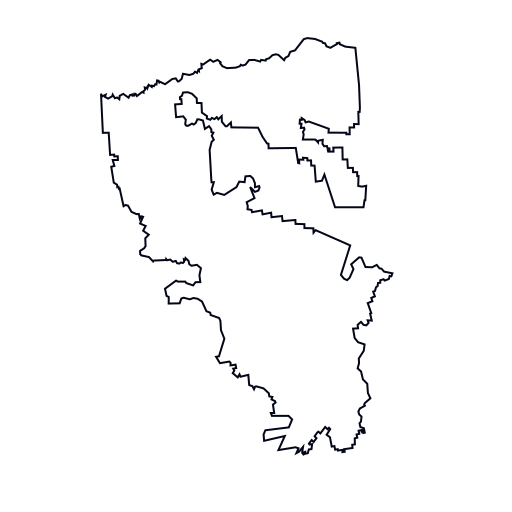 the district of Sayula de Alemán, Veracruz, Mexico, rotated 171°
{"feature_id": "50627088B32201743992634", "entity_name": "Sayula de Alemán", "entity_type": "district", "adm_level": 2, "iso_a3": "MEX", "parent_name": "Mexico", "parent_adm1": "Veracruz", "projection": "natural_earth1", "projection_center": [-94.941, 17.748], "detail": "fine", "context": "isolated", "style": "outline", "palette": "ink", "viewbox_px": 512, "rotation_deg": 171, "n_neighbors": 0, "source": "geoboundaries", "source_scale": "gbopen_adm2", "svg_char_len": 6078}
<svg xmlns="http://www.w3.org/2000/svg" viewBox="0 0 512 512"><g transform="rotate(171 256 256)"><path d="M190.7,51.3L190.5,54.5L187.8,54.5L187.0,60.5L184.4,60.7L184.6,64.0L181.8,64.2L182.0,67.4L179.2,67.6L179.1,66.2L178.0,67.1L177.8,64.4L176.2,64.5L176.4,69.0L179.7,70.8L179.9,74.6L178.2,76.1L176.9,80.9L178.9,83.4L179.2,86.4L177.3,89.1L171.9,91.1L172.4,92.2L171.6,93.7L165.3,97.5L166.9,103.2L166.1,112.4L169.7,117.4L170.3,125.5L173.2,129.1L171.0,134.0L170.5,138.7L164.4,145.5L162.6,151.7L168.7,154.9L171.4,159.6L171.5,169.1L166.5,168.6L166.4,172.1L162.6,174.5L160.6,171.2L157.9,170.2L155.3,172.3L155.8,175.0L151.8,174.1L152.3,181.2L151.1,181.5L153.0,192.0L148.1,193.1L148.7,196.6L144.9,197.5L145.8,202.5L143.9,202.9L142.4,206.3L140.6,207.3L139.7,210.3L137.5,210.1L137.1,212.6L133.6,213.1L132.8,211.6L128.4,212.5L127.1,215.4L125.5,214.8L124.0,217.6L131.9,220.5L134.0,223.8L136.0,224.5L138.1,228.3L143.1,226.7L149.6,228.0L152.1,237.9L154.4,238.5L163.3,232.9L161.8,227.8L166.9,219.9L169.8,217.9L172.6,219.8L175.1,224.0L161.3,251.7L193.1,272.2L195.5,270.1L195.0,274.4L203.8,276.0L203.2,279.9L211.9,281.5L211.5,285.4L224.3,286.3L224.1,291.4L234.6,291.9L234.3,296.4L243.0,296.1L243.0,300.1L253.1,299.9L253.2,302.2L257.1,303.5L256.3,306.6L256.8,310.6L248.4,313.4L251.0,325.0L247.0,319.5L243.4,320.3L241.8,323.0L242.0,324.6L246.2,324.1L245.7,328.2L246.8,333.1L249.2,336.0L254.0,336.3L255.7,330.7L260.9,332.1L264.5,327.1L277.8,321.3L284.7,324.5L288.2,323.2L289.4,328.5L286.1,335.5L288.3,335.7L288.3,337.5L285.2,368.1L281.9,375.8L279.5,377.4L280.9,381.7L278.8,384.5L280.7,385.4L280.3,388.1L282.1,391.6L286.6,389.5L287.2,398.1L290.8,399.8L292.5,400.2L294.7,396.8L297.0,395.6L298.5,396.8L302.8,395.2L304.6,395.7L305.3,397.3L304.0,401.6L306.0,405.3L313.2,405.6L312.2,418.4L305.6,417.8L305.2,422.5L306.5,422.8L306.3,424.8L304.1,425.8L302.5,428.9L297.7,428.4L293.8,426.2L289.9,421.0L290.4,416.4L285.9,415.6L287.0,406.1L282.5,401.8L283.1,399.5L279.8,397.7L278.0,399.3L275.6,397.7L273.0,399.3L271.9,396.9L268.0,399.6L268.7,393.9L265.8,388.9L264.4,388.7L259.9,391.8L260.2,386.9L233.9,382.4L230.9,372.7L227.5,365.4L226.1,365.0L226.7,360.4L199.8,356.5L199.8,341.2L198.8,340.8L198.4,344.5L194.2,343.7L194.2,345.7L190.0,344.7L190.3,342.3L186.7,341.8L187.3,336.7L184.0,336.1L185.3,320.1L179.1,320.0L175.7,325.7L170.3,291.8L142.2,287.3L140.1,294.1L139.3,294.0L136.2,308.1L140.3,307.9L144.1,309.2L142.2,318.9L143.5,319.1L143.0,323.0L147.0,323.6L146.5,327.9L151.5,328.6L150.7,337.1L155.3,337.8L153.7,349.6L162.7,351.0L163.1,347.0L168.4,347.8L168.5,349.0L166.9,348.8L166.6,350.8L168.5,351.1L168.7,353.5L171.5,353.7L172.8,356.4L171.9,360.3L176.8,360.1L177.0,358.5L179.1,361.7L191.5,363.7L189.9,368.6L190.2,371.2L188.3,373.5L188.5,375.2L191.7,375.4L190.4,379.5L192.2,379.8L191.3,383.8L189.6,383.3L189.3,385.1L186.7,382.7L186.1,380.2L182.9,380.6L164.2,370.3L165.1,366.5L147.5,363.6L147.7,362.1L144.4,361.6L143.5,368.3L139.0,367.6L138.6,371.0L134.0,370.2L132.4,382.3L131.1,382.1L130.2,386.1L127.5,408.6L125.3,446.1L135.0,448.8L140.0,452.0L140.2,453.7L142.8,453.6L142.6,452.8L150.0,450.0L153.6,452.1L154.5,455.3L156.6,456.0L157.1,457.3L163.7,461.1L171.3,463.2L174.9,462.7L185.3,453.0L190.3,452.3L192.7,448.4L196.0,447.2L197.6,445.0L202.4,451.1L204.8,452.1L208.3,451.8L212.2,449.2L215.2,448.8L215.9,447.5L220.3,448.9L221.5,447.4L226.9,449.9L232.2,450.6L236.4,446.7L239.5,446.2L241.1,447.3L242.2,446.0L246.5,445.2L255.4,446.1L259.5,448.7L261.3,452.1L260.6,452.9L263.3,455.7L267.8,454.5L270.6,457.1L278.3,453.4L279.9,454.3L280.2,450.0L283.3,449.3L283.4,447.8L284.0,448.6L285.6,446.1L287.4,447.6L289.4,445.8L293.5,445.2L299.6,447.4L301.7,442.6L304.7,440.6L305.9,440.6L307.5,444.0L311.0,443.9L318.9,439.9L323.8,443.2L324.4,442.6L324.9,444.4L326.2,444.9L327.5,441.0L328.7,441.4L330.2,439.7L332.1,440.5L332.5,439.3L335.2,441.9L336.8,439.1L336.9,440.0L337.9,438.9L339.5,439.8L339.5,437.6L341.3,436.4L341.5,434.9L342.9,435.8L348.6,432.6L349.5,435.0L350.8,435.3L351.2,433.5L353.0,433.7L353.0,434.9L355.4,434.6L357.1,432.3L361.8,436.9L365.5,435.6L366.5,432.2L368.4,434.3L370.7,433.9L372.3,437.8L373.0,436.3L377.4,434.6L380.3,436.8L379.3,438.8L382.9,437.7L383.7,440.5L388.0,401.6L382.2,400.8L384.3,378.7L380.2,378.3L380.4,376.5L376.9,376.1L377.4,372.4L382.5,373.2L381.8,367.1L385.0,366.8L385.0,350.7L382.1,348.2L382.2,345.6L381.0,345.8L380.8,343.7L380.1,343.9L379.0,325.9L376.9,326.8L374.5,325.7L372.1,319.1L367.4,316.0L365.2,315.9L364.9,310.9L363.1,313.2L361.4,312.4L365.4,306.2L360.3,302.9L363.5,298.6L358.6,293.8L362.6,290.8L363.5,283.1L365.3,281.1L369.7,279.2L370.1,275.9L369.1,274.5L361.9,271.7L358.5,266.7L357.9,267.5L345.5,266.1L345.2,267.0L344.5,265.7L341.3,265.9L339.1,263.3L336.0,263.7L335.1,261.2L332.8,260.5L331.2,261.4L329.3,260.5L327.9,261.5L327.8,264.1L326.5,263.3L325.9,265.0L323.4,261.7L323.2,258.4L321.3,256.5L315.7,256.5L312.3,252.6L314.9,245.8L315.1,238.9L319.8,239.6L322.7,236.8L329.0,240.1L329.9,241.8L337.1,242.9L338.8,244.2L351.0,237.9L350.6,230.7L348.6,229.1L349.7,222.7L338.8,221.2L336.4,225.7L334.0,226.1L328.2,223.6L324.2,224.3L320.2,222.8L316.4,219.4L313.6,209.2L310.1,207.2L310.0,204.8L302.1,200.5L301.3,197.4L302.2,188.2L300.2,179.2L308.3,162.7L311.2,162.7L308.4,155.8L298.8,155.9L297.8,154.4L298.3,151.9L293.2,151.9L293.1,148.4L296.1,148.3L295.4,146.1L297.3,143.9L293.0,139.0L290.8,141.7L290.2,139.2L282.2,139.8L282.9,129.6L279.9,128.0L278.8,124.7L277.3,127.1L276.1,127.2L269.3,124.1L264.8,118.4L264.8,115.2L261.9,114.2L263.1,111.9L259.9,109.7L259.6,108.2L262.5,106.6L262.6,98.1L265.9,98.6L265.3,95.6L248.9,93.0L245.9,88.9L250.4,81.6L274.0,82.4L276.4,78.6L276.9,72.2L255.7,73.7L264.2,60.8L246.9,60.9L244.1,59.4L246.9,55.0L244.1,56.0L239.4,60.1L241.2,54.5L240.2,52.5L239.3,52.8L239.4,54.6L238.0,54.9L238.4,53.0L235.7,53.1L234.1,56.7L231.4,56.6L230.0,61.4L232.6,61.4L233.1,62.4L229.8,65.5L228.2,63.3L224.8,66.6L226.3,68.8L223.1,72.1L221.8,72.7L220.2,70.7L214.4,76.3L212.4,73.7L210.8,74.9L209.8,73.4L214.2,68.4L211.3,65.4L211.0,55.9L208.3,56.0L208.1,52.3L205.5,52.4L205.5,51.0L200.6,51.0L201.3,48.8L199.0,48.8L199.0,51.4L190.7,51.3Z" fill="none" stroke="#020617" stroke-width="2"/></g></svg>